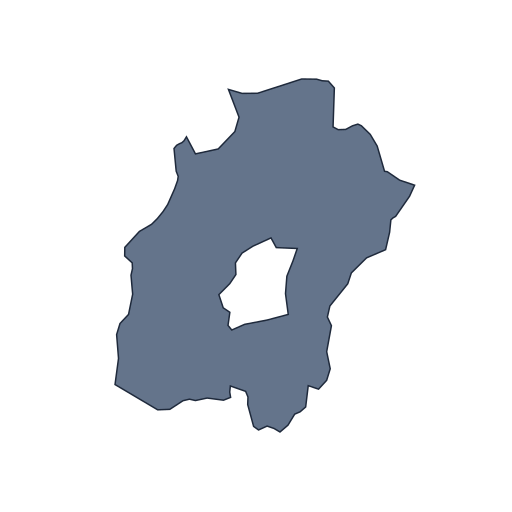 Fejér, Mercator projection, rotated 214°
{"feature_id": "HUN-3162", "entity_name": "Fejér", "entity_type": "County", "adm_level": 1, "iso_a3": "HUN", "parent_name": "Hungary", "parent_adm1": "", "projection": "mercator", "projection_center": [18.516, 47.132], "detail": "fine", "context": "isolated", "style": "filled", "palette": "slate", "viewbox_px": 512, "rotation_deg": 214, "n_neighbors": 0, "source": "natural_earth", "source_scale": "10m", "svg_char_len": 1499}
<svg xmlns="http://www.w3.org/2000/svg" viewBox="0 0 512 512"><g transform="rotate(214 256 256)"><path d="M152.1,333.7L163.3,316.3L167.5,295.3L164.4,284.3L166.8,255.9L162.7,245.3L154.5,240.4L143.9,216.2L131.4,204.0L127.9,192.4L129.7,180.6L140.2,177.7L130.4,158.6L132.3,151.5L135.5,146.5L134.9,133.6L137.7,123.5L144.6,123.1L151.7,121.2L156.6,113.2L162.7,113.4L179.8,128.2L183.8,134.6L188.9,138.0L204.6,133.9L201.7,128.5L198.0,124.6L202.3,118.3L217.1,110.9L225.4,102.3L231.1,100.1L235.6,95.2L241.7,80.7L251.5,73.5L301.0,70.6L312.7,94.2L327.6,112.9L331.0,124.0L329.0,136.3L336.9,155.4L340.5,159.8L348.9,170.2L351.3,176.4L354.8,181.1L364.9,182.6L369.6,189.8L366.4,211.2L360.3,223.9L358.7,231.9L357.9,240.8L358.0,249.3L361.0,266.1L363.2,274.7L365.0,278.5L369.6,281.7L384.1,299.3L383.7,303.4L382.3,306.2L380.8,308.5L380.1,311.3L380.3,315.9L363.3,306.8L347.2,323.6L343.1,347.3L347.7,361.6L372.0,378.7L358.5,383.0L345.7,391.8L317.1,428.3L304.6,436.5L299.1,438.3L293.8,441.4L285.0,439.1L264.3,406.1L258.5,406.7L252.4,411.1L248.8,417.9L245.3,422.3L241.5,422.9L229.3,420.7L217.0,414.9L196.8,398.1L194.3,399.3L179.3,399.2L164.1,403.4L162.1,391.4L162.4,366.9L163.7,364.3L164.4,361.4L158.5,350.4L152.1,333.7ZM246.2,194.7L240.4,182.8L234.7,181.1L227.2,193.0L211.0,209.1L196.6,225.6L210.5,241.3L219.1,256.5L222.6,272.6L226.0,285.3L243.9,274.3L253.7,279.4L264.0,262.5L269.2,250.6L269.2,238.8L262.3,229.4L262.3,218.4L265.2,203.2L254.2,194.7L246.2,194.7Z" fill="#64748b" stroke="#1e293b" stroke-width="1.5"/></g></svg>